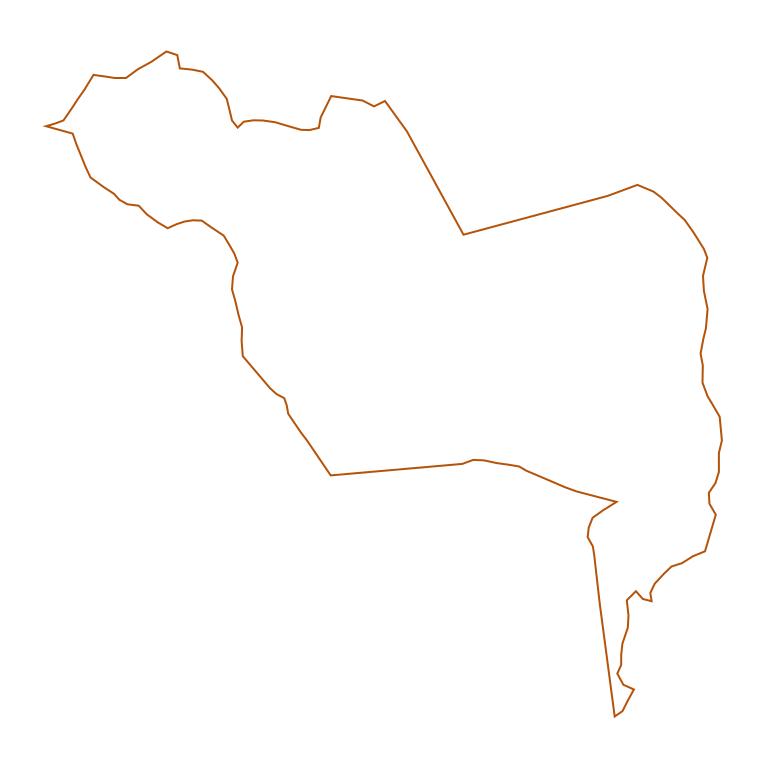 the district of Neópolis, Sergipe, Brazil
{"feature_id": "56859067B29247551559532", "entity_name": "Neópolis", "entity_type": "district", "adm_level": 2, "iso_a3": "BRA", "parent_name": "Brazil", "parent_adm1": "Sergipe", "projection": "albers", "projection_center": [-36.673, -10.373], "detail": "fine", "context": "isolated", "style": "outline", "palette": "amber", "viewbox_px": 768, "rotation_deg": 0, "n_neighbors": 0, "source": "geoboundaries", "source_scale": "gbopen_adm2", "svg_char_len": 1849}
<svg xmlns="http://www.w3.org/2000/svg" viewBox="0 0 768 768"><path d="M331.2,96.1L320.7,117.4L318.8,127.9L309.3,130.1L301.0,129.8L287.1,125.8L275.1,122.2L262.9,120.5L253.3,120.3L243.8,121.7L237.7,127.6L232.0,120.5L229.4,109.5L226.7,98.8L219.1,88.2L212.1,80.2L203.0,71.8L192.0,69.6L179.8,68.4L177.3,55.1L166.4,51.5L151.5,61.7L137.8,69.3L126.0,78.0L114.6,78.0L106.5,76.7L93.5,74.9L84.3,89.9L77.4,99.7L72.5,107.3L63.5,120.4L55.2,123.5L46.1,126.2L72.7,133.6L76.4,144.3L81.3,156.3L85.7,167.2L90.5,177.5L104.3,187.5L114.0,193.8L119.4,199.8L127.4,204.3L138.7,205.7L147.0,214.5L157.8,222.4L167.7,228.2L176.8,224.1L184.7,221.5L192.9,220.3L201.7,220.6L211.2,227.3L223.7,235.6L229.9,245.9L234.2,253.3L237.7,262.6L233.0,276.4L232.0,289.4L235.2,300.6L238.6,315.1L242.1,327.5L241.6,340.7L242.8,356.2L270.3,388.5L276.7,394.2L284.3,398.2L286.8,405.7L288.2,413.7L294.3,422.8L301.2,432.9L306.8,440.2L312.4,448.4L318.5,457.4L330.7,475.4L462.3,463.9L473.2,459.9L484.3,460.4L496.2,463.0L509.2,464.8L519.2,466.5L526.1,470.6L565.2,487.3L576.4,491.4L616.5,501.9L602.9,510.4L592.6,517.8L588.7,527.6L587.7,537.2L592.9,546.5L594.3,555.8L598.2,590.2L599.9,604.8L614.7,716.5L622.5,711.1L627.6,701.0L633.9,689.5L623.4,684.8L617.3,673.6L621.2,664.9L621.2,655.2L622.4,643.7L627.8,627.7L628.5,615.5L626.8,600.3L635.9,591.2L642.9,599.0L651.6,601.2L650.3,593.0L654.7,583.7L664.2,573.5L671.5,566.5L681.9,563.2L692.8,556.3L705.0,551.3L715.8,514.7L709.4,503.7L708.9,492.7L715.5,483.0L718.9,471.9L718.9,452.9L721.9,440.5L719.7,416.8L711.9,403.4L707.7,396.5L702.5,382.7L702.8,365.5L700.6,353.7L703.3,339.0L705.9,328.4L707.6,309.1L703.9,290.9L703.0,275.9L707.3,257.8L703.9,249.0L693.7,232.7L684.8,220.1L677.3,213.1L661.6,197.8L653.5,191.6L637.4,184.9L607.7,195.9L463.5,234.7L407.0,131.5L385.0,101.0L374.0,106.4L362.5,100.5L331.2,96.1Z" fill="none" stroke="#b45309" stroke-width="2"/></svg>